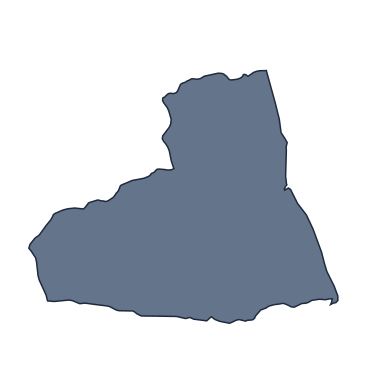 the Province of Zaire, rotated 186°
{"feature_id": "AGO-1882", "entity_name": "Zaire", "entity_type": "Province", "adm_level": 1, "iso_a3": "AGO", "parent_name": "Angola", "parent_adm1": "", "projection": "robinson", "projection_center": [13.603, -6.817], "detail": "fine", "context": "isolated", "style": "filled", "palette": "slate", "viewbox_px": 384, "rotation_deg": 186, "n_neighbors": 0, "source": "natural_earth", "source_scale": "10m", "svg_char_len": 3109}
<svg xmlns="http://www.w3.org/2000/svg" viewBox="0 0 384 384"><g transform="rotate(186 192 192)"><path d="M229.4,63.4L233.9,65.0L236.7,66.8L238.5,67.5L252.3,66.3L254.9,66.7L261.8,69.4L264.1,69.8L276.2,70.0L286.7,70.3L292.0,69.2L299.4,71.4L303.0,71.7L317.8,68.7L324.3,68.6L326.3,74.2L334.8,88.6L336.4,92.9L339.2,105.7L340.6,110.1L346.1,116.8L348.4,119.0L347.6,123.1L343.4,129.6L342.7,130.3L340.0,132.6L339.4,133.3L334.4,141.9L334.1,142.6L329.4,149.8L328.2,152.7L327.5,155.0L325.8,156.5L318.6,160.5L314.0,162.3L307.0,163.8L298.0,163.8L296.3,166.1L293.8,170.2L293.3,170.6L292.7,170.9L285.2,174.1L284.3,174.2L283.5,174.1L281.5,173.7L280.8,173.7L279.4,173.8L278.7,173.8L277.4,173.5L276.8,173.6L276.1,173.7L275.5,174.0L274.4,174.6L269.7,178.5L268.4,180.5L267.7,181.9L267.4,182.6L267.1,183.1L266.0,184.5L265.6,185.2L265.1,186.4L263.9,190.6L262.9,191.6L252.5,197.3L246.0,199.2L241.2,200.7L237.3,202.7L235.8,203.9L235.4,204.3L234.5,205.9L234.1,206.3L232.3,207.3L231.6,207.8L231.1,208.4L230.5,209.5L229.2,210.9L228.3,211.2L226.8,211.4L220.6,211.5L219.4,211.3L218.7,211.3L217.7,211.4L214.6,212.0L212.5,213.4L215.8,220.6L218.9,230.5L220.9,234.3L223.4,237.4L225.6,239.5L227.1,241.9L227.0,244.7L221.4,254.0L220.3,257.5L220.3,262.1L223.6,270.2L225.4,273.3L229.5,277.8L230.8,279.9L230.9,281.4L230.9,282.0L230.5,282.9L229.1,283.4L228.4,284.5L226.5,286.7L225.9,287.2L225.1,287.6L223.7,288.0L221.3,287.9L220.6,288.0L218.2,289.0L216.9,290.8L214.7,297.8L213.8,298.6L212.8,299.3L210.0,300.5L209.5,300.9L209.0,301.4L208.1,302.2L206.4,302.9L205.9,303.3L205.5,303.7L205.1,304.1L204.2,304.5L203.1,304.7L199.1,304.7L197.6,304.9L195.2,305.9L194.2,306.6L193.4,307.2L192.6,308.0L191.7,308.5L178.4,312.9L177.0,313.0L174.2,313.0L172.9,312.6L172.0,312.2L171.6,311.8L170.0,310.9L169.5,310.5L167.4,308.3L166.4,307.7L165.5,307.5L164.2,307.6L159.8,308.6L157.1,309.7L155.7,310.4L154.4,311.5L153.9,312.2L153.6,312.8L153.5,313.3L153.3,313.9L152.8,314.3L152.1,314.5L151.0,314.3L150.3,314.1L149.8,313.7L149.1,313.3L148.6,313.1L148.1,313.2L145.1,315.7L144.4,316.4L143.5,317.2L142.4,317.8L140.3,318.8L137.3,319.7L131.7,320.4L131.0,320.5L130.8,320.6L118.3,288.7L112.8,273.5L109.6,260.3L106.4,256.4L104.7,254.2L102.5,251.1L103.1,246.6L102.5,243.1L100.5,216.9L99.4,212.8L99.1,210.7L98.9,210.0L98.6,209.6L98.4,209.1L98.7,208.5L99.5,207.4L99.8,206.8L100.1,205.4L100.5,205.0L100.5,204.5L100.0,203.5L96.6,206.0L94.3,204.9L85.8,191.6L75.8,181.1L67.7,167.7L56.9,145.7L52.7,134.5L49.6,127.1L46.5,122.2L43.7,117.8L40.8,113.3L36.1,103.8L35.6,99.4L37.4,97.0L40.0,96.2L42.4,94.6L41.7,96.7L41.4,100.4L44.0,100.1L48.1,98.8L54.0,98.7L61.4,96.8L65.0,94.2L67.5,93.2L71.1,92.6L77.2,88.8L78.6,88.1L81.5,88.2L83.9,89.2L86.8,90.2L89.9,90.8L93.2,89.8L98.6,88.5L103.7,86.5L106.2,84.4L111.4,81.8L113.6,78.5L115.9,75.3L116.6,72.9L118.2,71.3L121.1,70.6L123.3,70.3L125.2,69.2L127.3,69.5L131.5,70.0L132.8,69.8L134.8,69.0L139.5,66.1L141.2,65.4L141.3,65.4L151.1,66.3L156.0,67.7L159.6,69.9L160.9,68.8L163.3,66.0L164.0,65.4L167.8,65.5L177.1,65.7L180.5,66.9L181.9,66.8L184.1,65.8L185.2,65.5L194.4,66.6L213.6,64.9L229.4,63.4Z" fill="#64748b" stroke="#1e293b" stroke-width="1.5"/></g></svg>